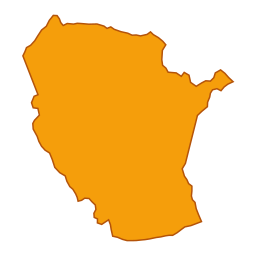 Colombo, Paraná, Brazil (Albers equal-area conic projection)
{"feature_id": "56859067B90455613848292", "entity_name": "Colombo", "entity_type": "district", "adm_level": 2, "iso_a3": "BRA", "parent_name": "Brazil", "parent_adm1": "Paraná", "projection": "albers", "projection_center": [-49.18, -25.309], "detail": "fine", "context": "isolated", "style": "filled", "palette": "amber", "viewbox_px": 256, "rotation_deg": 0, "n_neighbors": 0, "source": "geoboundaries", "source_scale": "gbopen_adm2", "svg_char_len": 1681}
<svg xmlns="http://www.w3.org/2000/svg" viewBox="0 0 256 256"><path d="M66.9,181.3L69.8,186.6L72.9,189.3L75.7,193.9L77.2,197.4L78.1,201.2L81.6,200.3L84.7,198.2L89.1,198.5L91.8,201.6L95.3,205.0L95.9,209.5L93.9,213.3L94.2,217.4L97.5,218.9L97.4,222.9L101.7,224.4L108.6,219.8L110.4,224.6L111.2,229.6L112.7,236.2L117.6,237.3L122.6,239.4L127.1,240.6L132.5,240.6L136.2,240.5L140.9,240.0L145.1,239.6L149.6,238.9L156.2,237.5L160.7,236.9L165.6,235.8L169.1,235.3L172.7,235.3L177.1,232.7L180.5,230.1L184.8,226.9L190.9,225.6L197.5,223.1L201.5,221.6L198.5,214.6L196.2,208.7L195.0,202.4L192.4,199.7L191.4,196.0L191.9,190.9L191.9,186.1L188.6,183.6L186.9,179.7L184.4,176.1L182.2,168.8L185.4,163.4L190.3,143.8L195.8,122.0L197.4,115.5L201.7,111.4L207.4,106.7L207.6,102.2L209.7,97.1L210.4,93.2L212.5,89.8L217.0,88.7L221.0,90.7L224.2,86.9L227.8,84.2L233.1,81.7L228.6,77.5L224.9,73.3L220.6,69.9L215.3,72.9L213.8,77.7L210.4,81.1L205.7,80.8L201.7,82.9L196.2,86.3L190.6,82.4L189.0,75.2L184.2,72.4L181.3,76.3L176.2,72.9L168.1,72.2L165.9,68.1L162.6,65.3L161.8,59.7L162.4,50.3L165.8,44.8L162.8,41.3L158.5,37.7L153.3,34.6L150.5,31.9L147.1,34.4L140.5,35.9L136.3,35.0L132.1,35.2L127.8,33.2L121.0,31.7L114.2,29.3L110.8,26.9L107.0,28.4L104.0,26.1L97.0,24.0L88.9,24.2L80.7,23.5L77.2,23.3L73.6,24.1L67.2,23.5L63.2,25.5L60.7,22.5L59.4,18.9L57.1,15.6L53.3,15.4L49.3,20.4L46.3,26.3L41.6,30.0L37.5,36.3L34.8,40.7L30.6,45.3L26.5,47.6L25.0,51.5L22.9,55.9L38.0,94.7L34.1,96.3L31.5,102.7L33.2,107.8L37.9,108.4L39.4,115.1L34.5,120.3L32.8,123.5L33.2,129.1L37.2,136.4L38.9,141.4L41.5,146.2L45.1,150.2L49.6,153.0L52.3,159.6L54.8,167.4L59.8,172.7L65.2,175.9L66.9,181.3Z" fill="#f59e0b" stroke="#b45309" stroke-width="1.5"/></svg>